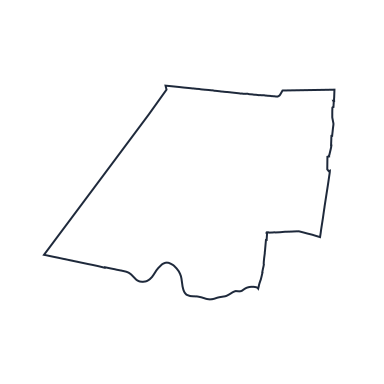 outline of Bunschoten, Utrecht, Netherlands, rotated 262°
{"feature_id": "6326949B68264290320811", "entity_name": "Bunschoten", "entity_type": "district", "adm_level": 2, "iso_a3": "NLD", "parent_name": "Netherlands", "parent_adm1": "Utrecht", "projection": "albers", "projection_center": [5.355, 52.247], "detail": "fine", "context": "isolated", "style": "outline", "palette": "slate", "viewbox_px": 384, "rotation_deg": 262, "n_neighbors": 0, "source": "geoboundaries", "source_scale": "gbopen_adm2", "svg_char_len": 5730}
<svg xmlns="http://www.w3.org/2000/svg" viewBox="0 0 384 384"><g transform="rotate(262 192 192)"><path d="M150.4,36.7L136.3,75.8L135.8,77.2L135.1,79.1L133.7,83.2L131.9,88.1L131.2,89.9L129.1,95.1L129.6,95.3L127.6,100.9L126.8,103.2L126.3,104.7L125.6,106.4L124.1,110.8L124.1,111.0L123.9,111.4L123.0,113.8L122.4,115.3L122.2,115.8L121.7,116.7L121.5,117.1L121.1,117.7L120.7,118.3L120.0,119.0L119.8,119.3L119.1,120.0L118.8,120.2L118.5,120.5L116.6,121.9L114.3,123.6L113.7,124.0L112.6,124.9L112.4,125.2L112.2,125.4L112.0,125.6L111.8,125.9L111.4,126.5L111.0,127.1L110.9,127.4L110.7,127.7L110.6,128.0L110.3,129.0L110.1,129.9L110.0,130.3L109.9,131.1L109.9,131.5L109.9,132.3L109.9,132.7L109.9,133.6L110.0,134.3L110.1,134.7L110.3,135.5L110.6,136.1L110.8,136.6L111.0,137.1L111.3,137.6L111.6,138.2L112.1,138.8L112.5,139.4L113.3,140.4L113.6,140.8L114.1,141.2L114.4,141.5L115.0,142.1L118.0,144.7L119.2,145.7L119.7,146.2L120.0,146.5L121.0,147.6L121.4,148.0L122.0,148.8L122.8,149.9L123.2,150.4L124.0,151.5L124.5,152.2L124.7,152.6L125.0,153.4L125.1,153.7L125.2,154.0L125.3,154.5L125.5,155.2L125.6,156.0L125.6,156.5L125.6,157.0L125.4,157.9L125.3,158.3L125.2,158.7L125.1,159.0L124.9,159.4L124.3,160.3L123.9,161.0L123.7,161.2L123.5,161.5L123.0,162.2L122.2,163.2L122.0,163.4L121.8,163.6L121.2,164.1L119.4,165.4L118.6,166.0L118.1,166.3L117.2,166.8L115.4,167.8L115.2,167.9L113.7,168.4L112.2,168.9L111.5,169.0L110.3,169.3L109.1,169.4L107.7,169.5L104.1,169.5L101.3,169.5L100.2,169.5L99.8,169.5L97.7,169.7L96.2,169.9L95.7,170.0L94.6,170.3L94.0,170.5L93.5,170.7L92.7,171.1L92.5,171.3L92.1,171.5L91.9,171.6L91.6,171.9L91.1,172.2L91.0,172.4L90.7,172.9L90.3,173.6L90.0,174.2L89.8,174.5L89.5,175.2L89.3,175.5L89.2,176.0L89.0,176.4L89.0,176.7L88.9,177.1L88.8,177.6L88.6,178.4L88.4,179.6L88.1,181.1L88.0,181.6L88.0,182.0L87.8,182.7L87.6,183.3L87.3,184.2L86.7,185.8L86.5,186.4L86.1,187.3L85.5,188.5L85.3,189.0L85.0,189.6L84.4,190.8L84.0,191.8L83.6,193.1L83.3,194.3L83.2,194.5L83.1,195.8L83.1,196.6L83.0,196.8L83.1,197.0L83.1,197.9L83.2,199.0L83.3,199.7L83.4,200.2L83.8,202.3L83.9,203.3L84.0,204.5L84.1,208.5L84.1,209.3L84.1,209.8L84.1,210.2L84.2,210.4L84.2,210.7L84.3,211.5L84.4,211.9L84.5,212.1L84.7,212.6L84.8,213.0L85.0,213.5L85.4,214.6L86.4,216.9L86.7,217.5L87.0,218.2L87.2,218.8L87.4,219.4L87.5,219.9L87.6,220.2L87.7,220.6L87.7,220.9L87.8,221.1L87.8,221.5L87.7,221.9L87.7,222.1L87.5,222.9L87.1,224.7L87.0,225.1L87.0,225.4L87.0,225.7L87.0,226.0L87.0,226.7L87.2,227.2L87.2,227.4L87.4,228.1L87.6,228.3L88.9,230.9L89.0,231.3L89.2,231.7L89.3,232.0L89.5,232.7L89.7,233.5L89.8,234.4L89.8,234.7L89.9,235.0L89.9,235.9L89.9,236.3L89.9,236.8L89.8,238.2L89.6,239.1L89.6,239.6L89.3,240.6L89.1,241.3L88.8,242.2L88.6,242.6L88.4,243.0L88.0,243.5L87.7,243.7L87.4,244.0L87.2,244.1L89.1,244.9L90.8,245.5L91.9,246.0L92.8,246.4L93.7,246.9L94.6,247.3L95.0,247.5L95.4,247.8L98.6,249.1L102.5,250.6L102.7,250.4L106.2,251.6L108.0,252.3L109.7,252.9L110.3,253.1L110.6,253.0L110.9,253.0L113.0,253.4L116.7,254.3L121.4,255.6L122.3,255.7L123.2,256.0L134.4,258.6L134.5,258.8L134.5,259.0L134.4,259.3L134.5,259.3L141.1,260.7L141.3,260.7L141.4,260.2L141.6,260.3L141.7,260.5L141.4,262.2L141.1,262.5L141.0,262.9L140.9,264.0L140.8,265.3L140.7,265.9L140.6,268.2L140.3,269.1L140.2,270.3L139.9,273.6L139.8,276.2L139.8,276.5L139.7,278.4L139.2,282.7L139.0,284.6L138.6,289.0L138.5,290.0L138.3,291.7L138.3,291.9L138.2,292.2L138.2,292.3L138.0,292.9L136.1,297.5L134.8,300.5L134.1,302.3L132.9,305.3L132.4,306.3L131.5,308.2L129.5,312.5L133.1,313.6L136.7,314.6L147.9,318.0L156.6,320.5L158.2,321.0L159.0,321.2L180.5,327.7L192.1,331.1L193.9,331.5L193.6,330.3L195.6,329.1L208.0,331.0L208.1,332.7L208.8,332.7L208.8,332.8L209.2,332.9L209.7,333.2L215.3,335.4L217.0,336.0L218.7,336.5L218.8,336.2L224.9,337.3L226.2,337.5L228.2,337.9L228.1,338.6L230.2,339.1L232.1,339.6L235.7,340.5L238.9,341.4L239.6,341.5L240.4,341.6L241.7,341.5L245.7,341.3L246.5,341.3L251.4,342.0L253.4,342.3L253.8,342.4L255.7,342.7L256.2,342.9L256.5,343.4L256.5,343.9L259.9,344.6L261.5,344.9L262.6,344.6L262.4,345.4L264.3,345.6L265.6,345.9L273.5,347.3L279.9,295.8L276.2,292.9L275.6,292.3L275.4,292.1L275.1,291.5L275.0,291.3L274.9,290.9L274.6,290.2L274.6,289.9L274.8,288.9L274.8,288.6L275.3,287.0L275.4,286.5L275.5,285.9L275.6,285.5L275.8,284.7L275.9,284.0L276.1,283.4L276.3,282.8L276.4,282.3L276.7,280.7L276.8,280.4L276.9,279.8L277.0,279.4L277.1,279.2L277.3,278.3L277.3,278.0L277.5,277.6L277.6,277.4L277.7,277.0L277.8,276.6L278.0,275.6L278.0,275.4L278.0,275.0L278.1,274.5L278.3,273.7L278.4,273.2L278.5,272.7L278.5,272.4L278.6,271.8L278.6,271.5L278.8,271.0L279.0,270.2L279.4,268.9L279.5,268.0L279.6,267.6L279.9,266.3L280.2,265.6L280.3,265.1L280.4,264.7L280.5,264.1L280.8,262.7L280.9,262.3L281.0,262.0L281.1,261.7L281.3,261.3L281.5,260.8L281.6,260.6L281.7,259.7L281.7,259.1L282.0,257.3L282.0,257.0L282.1,256.5L282.3,255.9L282.4,255.6L282.5,255.4L282.5,255.0L282.6,254.8L282.7,253.8L282.8,253.4L282.9,253.2L283.1,252.7L283.3,251.8L283.4,251.5L283.6,250.7L285.2,244.4L285.3,244.1L286.0,241.3L286.1,240.9L286.3,239.8L286.5,238.9L286.9,237.2L287.1,236.7L287.2,236.0L287.6,234.3L287.7,234.2L288.5,231.1L289.0,229.1L289.1,228.5L289.2,228.1L289.5,227.4L289.6,227.2L289.8,226.4L289.9,226.2L289.9,225.8L290.0,225.4L290.1,225.0L290.3,224.3L290.3,224.1L290.6,223.1L290.7,222.5L290.8,222.2L291.0,221.3L291.4,219.5L291.5,218.9L291.7,218.2L291.9,217.3L292.0,216.9L292.1,216.5L292.1,216.3L292.2,216.0L292.5,214.9L292.6,214.6L293.0,213.5L293.1,213.0L293.2,212.5L293.3,212.0L293.6,210.5L293.8,210.0L293.9,209.3L294.1,208.7L294.3,208.1L294.3,207.9L294.4,207.5L294.4,207.3L294.5,206.9L294.8,205.7L295.1,204.6L296.2,200.0L296.6,198.3L297.7,194.1L299.3,187.6L301.0,180.6L296.9,181.0L274.6,159.8L211.1,96.9L150.4,36.7Z" fill="none" stroke="#1e293b" stroke-width="2"/></g></svg>